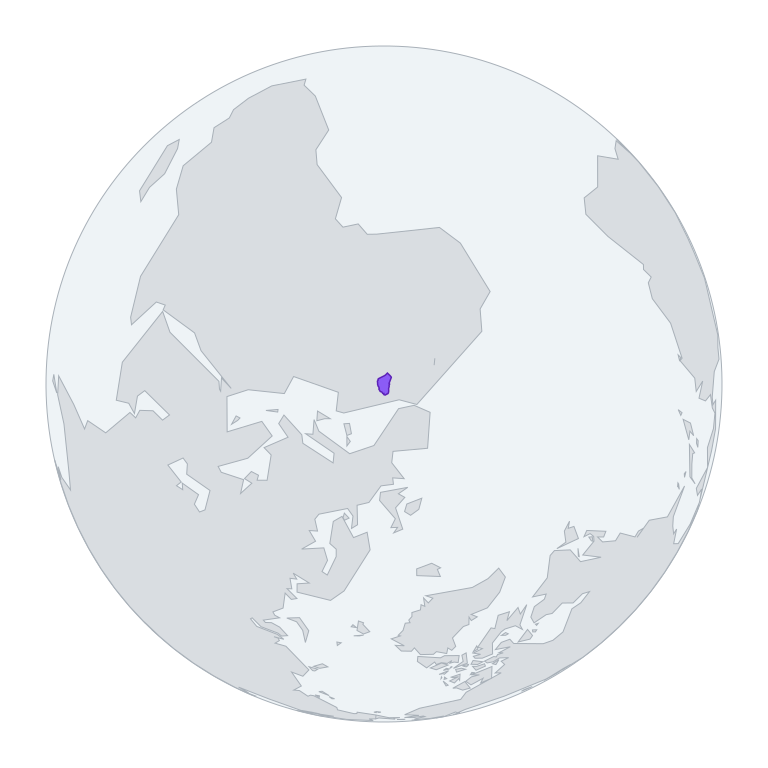 the Earth from above El Bayadh, rotated 181°
{"feature_id": "DZA-2190", "entity_name": "El Bayadh", "entity_type": "Province", "adm_level": 1, "iso_a3": "DZA", "parent_name": "Algeria", "parent_adm1": "", "projection": "orthographic", "projection_center": [1.021, 32.573], "detail": "fine", "context": "on_globe", "style": "filled", "palette": "violet", "viewbox_px": 768, "rotation_deg": 181, "n_neighbors": 0, "source": "natural_earth", "source_scale": "10m", "svg_char_len": 10865}
<svg xmlns="http://www.w3.org/2000/svg" viewBox="0 0 768 768"><g transform="rotate(181 384 384)"><circle cx="384" cy="384" r="338" fill="#eef3f6" stroke="#a8b0b8"/><path d="M180.3,114.3L201.1,101.0L192.4,106.9L199.9,102.6L211.2,95.3L216.9,91.8L258.0,74.1L297.2,60.0L304.6,56.6L306.9,57.3L317.7,52.7L319.8,52.2L326.4,51.0L318.3,52.7L318.8,53.0L332.6,50.3L336.1,50.1L344.8,49.1L347.7,49.5L337.3,52.2L339.0,52.7L348.7,51.0L357.7,50.9L343.3,53.3L357.6,53.7L342.8,60.4L301.8,70.0L296.5,77.2L261.8,97.3L267.8,97.0L258.5,105.7L262.0,108.9L254.6,112.6L263.8,112.1L269.9,108.2L276.0,106.9L278.6,108.7L269.6,113.4L267.0,113.1L265.7,115.5L260.1,117.3L264.3,117.4L253.1,123.5L268.0,120.4L262.2,127.7L253.7,131.0L249.8,126.8L220.3,127.1L210.6,130.7L200.7,139.2L192.2,162.5L183.4,168.7L174.9,180.0L181.9,177.8L191.1,168.4L202.0,168.1L211.9,157.5L217.8,156.2L229.8,147.8L233.1,153.5L229.8,164.0L219.9,171.6L218.2,176.8L231.7,173.7L217.4,193.0L214.9,215.4L210.7,220.4L194.9,221.4L184.4,209.8L163.9,214.6L182.3,216.5L171.3,230.5L171.7,235.3L175.3,238.0L181.4,234.8L178.7,241.1L159.6,240.6L161.7,234.9L167.8,234.8L162.7,229.9L149.8,231.3L145.2,239.1L130.4,235.5L127.0,241.4L121.8,244.5L128.3,235.1L116.4,252.4L98.3,256.1L81.7,287.3L92.4,256.4L92.8,247.0L91.8,239.2L88.9,244.1L91.6,229.4L87.1,229.5L75.4,249.3L66.5,271.3L64.5,284.6L68.6,278.1L69.9,285.1L59.0,306.2L59.5,326.0L53.8,345.2L52.6,360.7L55.3,365.8L57.4,379.1L62.3,372.7L68.8,375.3L65.4,392.5L71.7,382.0L73.4,395.3L88.4,412.5L86.4,415.0L98.5,449.8L117.2,474.0L121.5,489.8L118.7,495.6L126.5,503.0L126.7,508.0L162.6,535.4L185.1,557.2L187.1,573.6L173.8,584.7L174.4,615.9L153.8,612.8L157.2,623.4L156.1,631.3L142.5,619.6L155.3,632.5L155.1,632.6L133.1,610.3L113.2,586.1L95.7,560.2L83.0,535.5L76.4,521.2L65.4,495.5L51.1,438.8L50.8,426.3L49.5,414.7L54.0,402.2L55.6,376.5L54.7,369.2L52.1,373.6L51.7,345.2L55.3,323.1L68.3,263.5L77.5,241.7L88.2,220.6L100.3,200.4L113.8,181.0L128.7,162.6L144.8,145.4L162.0,129.2L180.3,114.3ZM76.5,296.6L77.6,328.9L72.2,320.6L74.1,319.8L74.8,309.3L74.6,295.4L71.2,289.6L76.5,296.6ZM87.5,288.1L86.9,283.8L88.2,286.8L87.5,288.1ZM218.8,90.4L211.1,95.3L199.6,102.4L205.6,98.1L218.8,90.4ZM241.2,79.2L238.6,80.9L230.5,84.1L234.5,82.1L241.2,79.2ZM309.2,54.8L302.2,56.6L307.8,55.0L309.2,54.8ZM345.5,48.9L346.3,48.6L350.5,48.3L345.5,48.9ZM227.2,145.3L228.4,146.5L225.6,147.4L227.2,145.3ZM231.3,140.7L227.0,140.9L228.3,138.8L230.9,138.7L231.3,140.7ZM358.8,48.8L365.2,48.8L356.9,49.2L358.8,48.8ZM236.2,141.1L231.1,135.1L233.5,131.5L245.4,128.4L236.2,141.1ZM367.7,49.1L383.3,50.0L386.5,49.0L386.2,52.9L373.0,50.4L362.3,50.8L368.2,49.9L367.7,49.1ZM270.7,106.2L264.3,110.4L267.2,105.4L270.7,106.2ZM271.1,103.4L271.3,91.6L282.1,86.9L279.8,91.5L291.8,84.7L297.0,88.2L291.5,92.7L283.5,94.9L291.6,94.7L271.1,103.4ZM383.4,55.4L385.7,56.3L381.3,55.9L383.4,55.4ZM278.6,106.0L277.7,103.7L287.0,99.4L290.5,103.2L286.4,103.3L278.6,106.0ZM292.5,81.5L300.0,79.3L306.2,81.4L309.9,81.0L298.0,87.9L292.5,81.5ZM285.6,105.2L292.1,105.3L290.1,109.1L280.2,108.0L285.6,105.2ZM287.9,96.8L292.5,95.0L291.1,97.2L287.9,96.8ZM286.7,123.8L285.4,120.6L290.1,117.9L286.7,123.8ZM294.6,105.1L295.2,103.8L296.9,102.6L300.7,103.5L294.6,105.1ZM303.2,89.1L304.2,90.7L308.4,86.3L313.2,88.2L304.4,92.7L310.2,91.5L311.7,92.1L302.9,95.2L303.2,89.1ZM309.6,100.9L300.0,108.0L301.4,114.2L297.2,116.6L295.8,106.3L309.6,100.9ZM306.4,97.2L307.4,99.9L301.7,101.2L297.5,100.2L306.4,97.2ZM319.7,88.0L314.6,84.0L316.7,83.2L319.7,88.0ZM311.1,102.3L313.4,100.7L311.9,102.6L311.1,102.3ZM318.3,92.0L316.2,90.5L318.7,89.7L318.3,92.0ZM319.7,98.7L316.6,100.8L313.6,100.1L319.7,98.7ZM320.0,95.4L323.9,94.6L314.4,98.5L318.6,94.8L320.0,95.4ZM321.0,91.4L321.8,90.4L321.5,92.2L321.0,91.4ZM332.7,100.9L321.6,106.0L315.0,104.1L326.8,99.2L332.7,100.9ZM465.5,56.1L462.6,55.5L428.4,50.9L443.3,52.5L443.1,53.2L450.5,54.6L460.7,56.2L459.9,55.7L493.0,66.9L524.1,78.4L514.0,72.9L516.0,73.1L527.6,78.1L549.1,89.2L569.7,101.7L589.4,115.7L608.1,131.1L611.7,134.3L603.7,127.4L617.3,140.0L621.1,143.3L617.9,140.1L634.4,157.1L649.7,175.2L663.7,194.4L676.3,214.5L687.5,235.4L697.2,257.1L705.3,279.4L711.9,302.2L705.4,282.5L708.3,295.7L704.5,285.0L695.6,272.6L697.6,291.6L703.3,338.5L710.1,367.5L709.4,386.5L693.8,358.1L682.6,333.8L679.6,342.2L661.4,330.3L637.5,351.1L631.7,345.8L627.7,353.4L614.5,353.2L604.8,344.0L597.9,349.3L623.1,373.2L630.3,367.6L633.0,350.1L638.9,360.3L651.4,363.1L646.0,401.2L606.6,452.7L598.9,432.0L549.1,383.8L548.4,376.0L548.0,375.2L547.2,373.9L546.6,387.2L536.7,376.9L567.5,414.1L574.3,431.8L606.1,454.3L604.1,459.1L613.1,462.0L637.5,438.8L638.5,446.3L629.3,487.4L592.2,549.7L595.0,575.2L588.6,598.7L560.7,622.7L558.4,637.3L543.3,647.3L539.2,655.7L524.4,667.4L501.4,680.1L467.4,687.5L469.1,681.4L457.7,670.7L443.7,637.0L456.2,617.0L454.7,602.2L429.7,569.7L435.5,548.3L427.8,540.1L412.6,543.6L403.4,533.4L393.8,533.7L331.3,541.5L310.1,526.2L279.5,478.3L289.2,460.7L287.1,438.4L350.8,364.1L368.6,368.5L423.7,354.3L431.3,356.3L429.5,374.9L474.5,389.9L483.5,372.7L519.7,375.9L540.8,368.7L540.0,333.4L505.5,344.5L494.9,330.1L518.9,307.4L548.4,298.7L545.2,292.9L522.7,285.9L525.5,272.0L514.4,282.5L521.8,287.0L515.1,294.2L507.9,290.6L509.2,285.6L499.2,285.7L495.6,311.1L502.8,318.3L479.0,329.1L488.6,342.6L483.5,351.2L465.3,331.8L464.1,323.3L433.5,304.2L432.7,313.9L461.5,332.9L454.2,332.5L453.3,347.2L448.3,335.7L417.1,313.7L393.0,322.3L369.0,359.6L353.5,363.2L337.4,356.5L339.3,320.5L373.8,316.8L374.9,305.4L362.2,289.7L373.7,290.3L372.8,283.9L385.2,282.1L397.0,265.3L408.8,262.3L408.0,242.8L414.0,239.0L412.7,251.4L418.2,258.9L446.8,252.7L450.8,247.6L447.9,235.8L456.2,236.2L449.7,225.6L463.5,217.5L441.3,219.1L437.4,206.7L442.7,195.4L437.4,192.0L428.8,210.6L428.9,218.0L435.4,223.6L432.3,245.7L423.7,250.9L411.8,229.9L398.3,235.5L395.0,217.9L420.3,176.4L433.7,166.7L467.3,174.4L467.4,182.7L455.3,183.7L471.5,193.3L467.8,187.4L474.6,188.1L472.6,177.6L477.4,177.7L467.3,168.0L472.9,167.0L479.2,173.2L481.0,158.2L491.1,154.2L489.2,150.9L484.3,148.4L500.5,145.8L498.4,143.5L492.3,143.4L484.1,139.1L476.0,130.7L482.0,130.2L485.8,133.1L502.7,139.2L511.7,147.9L513.4,146.9L507.0,139.4L486.3,131.8L479.7,127.0L489.6,129.4L485.5,128.1L484.1,125.6L488.4,123.0L477.5,120.1L454.1,96.8L460.0,90.4L471.4,94.4L461.4,80.6L468.9,76.4L463.2,76.0L454.6,70.5L452.1,71.6L448.8,71.1L425.5,59.7L424.8,57.4L408.4,53.9L405.4,54.0L405.1,55.4L386.2,52.9L386.5,49.0L393.1,48.9L388.9,47.3L404.5,47.7L415.5,48.0L435.0,50.6L441.9,51.3L439.4,50.8L443.8,51.4L465.5,56.1ZM334.2,403.7L333.6,410.6L334.2,403.7ZM583.6,306.5L598.7,299.2L585.1,282.5L589.7,278.7L583.4,274.8L584.0,281.4L567.5,270.1L571.5,260.5L566.2,252.8L560.8,255.0L556.1,274.5L579.7,290.4L579.2,300.7L583.6,306.5ZM89.0,412.8L90.4,418.2L87.6,415.5L89.0,412.8ZM69.1,326.1L70.5,330.2L70.4,334.8L68.9,332.8L69.1,326.1ZM86.7,357.8L89.4,363.5L85.5,360.5L86.7,357.8ZM78.3,333.5L84.3,353.9L76.9,350.3L73.5,337.7L77.3,342.2L78.3,333.5ZM81.9,295.9L82.2,299.5L80.5,301.8L81.9,295.9ZM88.4,290.3L87.9,289.6L88.7,286.0L88.4,290.3ZM172.5,230.5L173.9,230.8L176.5,234.5L173.1,234.9L172.5,230.5ZM201.1,240.1L196.1,250.1L197.3,242.9L191.6,244.9L186.9,232.9L208.3,222.4L199.4,229.0L201.1,240.1ZM186.7,215.1L187.2,223.1L185.8,214.8L186.7,215.1ZM355.1,253.2L361.2,256.8L359.1,264.4L344.2,270.5L347.0,259.3L355.1,253.2ZM370.3,260.4L362.7,239.2L371.7,235.3L367.9,240.9L374.6,240.5L370.3,249.5L386.4,267.5L385.6,275.6L358.4,281.1L367.7,274.5L361.2,271.0L370.3,260.4ZM327.4,199.6L324.3,192.5L347.9,193.0L348.1,199.7L333.2,205.6L324.2,201.2L327.4,199.6ZM258.1,137.6L255.4,136.4L257.9,134.9L262.2,134.7L258.1,137.6ZM285.7,122.5L272.7,142.0L268.9,141.4L265.8,154.7L254.6,158.5L257.0,149.5L246.1,162.9L243.7,156.4L237.4,165.9L243.9,145.6L241.3,141.0L248.4,144.6L258.8,141.1L262.5,138.2L271.1,126.9L270.7,116.0L280.9,111.6L288.2,111.4L289.9,113.3L282.7,115.4L290.1,116.5L281.0,121.1L285.7,122.5ZM368.1,122.9L359.1,122.6L372.3,129.3L363.3,132.4L365.4,133.0L360.7,137.9L358.6,145.2L353.8,145.8L355.1,148.4L352.0,152.0L352.1,156.0L343.6,158.8L343.1,164.0L339.3,162.4L340.7,170.8L335.9,165.9L331.4,170.7L338.4,173.0L292.2,182.1L276.6,191.2L266.1,201.9L259.3,193.1L264.7,177.9L276.7,162.0L292.8,155.1L286.7,152.8L292.6,149.0L294.9,152.4L294.9,145.0L300.4,142.9L311.1,131.3L307.7,122.9L311.6,118.9L315.6,121.2L316.6,115.6L326.9,117.3L329.8,114.6L342.9,114.1L349.0,120.7L351.9,117.3L362.0,117.3L368.1,122.9ZM336.4,100.9L345.8,107.2L345.4,112.2L322.8,111.2L318.7,113.4L304.1,113.8L305.0,106.8L309.0,107.2L313.2,106.0L311.3,108.7L315.9,105.7L321.7,106.4L326.8,104.4L328.5,106.9L336.4,100.9ZM437.2,348.4L442.6,348.3L450.5,346.1L450.0,355.8L437.2,348.4ZM415.7,333.7L420.2,331.9L423.4,343.5L417.8,344.0L415.7,333.7ZM420.0,321.4L420.2,330.9L416.7,326.0L420.0,321.4ZM416.6,249.3L421.1,247.1L422.6,249.6L421.4,254.2L416.6,249.3ZM405.4,146.6L400.3,144.9L400.9,143.3L393.9,136.1L400.1,133.7L406.7,137.1L405.4,146.6ZM535.7,341.1L531.3,349.5L527.4,347.5L529.7,345.0L535.7,341.1ZM489.8,354.1L501.6,355.5L489.5,356.7L489.8,354.1ZM410.9,142.8L407.3,140.0L412.6,140.7L410.9,142.8ZM404.2,131.7L409.9,131.7L400.0,132.6L404.2,131.7ZM631.8,572.9L604.7,618.5L593.0,624.9L594.5,615.8L607.0,590.4L621.9,576.5L630.3,562.1L631.8,572.9ZM711.0,369.2L715.3,381.3L714.3,387.9L711.0,369.2ZM458.1,124.2L461.0,136.3L467.2,144.7L477.1,148.3L464.4,148.9L454.9,136.0L458.1,124.2ZM454.0,100.0L445.3,97.7L448.1,95.9L450.4,96.2L454.0,100.0ZM449.4,100.5L440.7,103.2L435.2,100.2L443.2,98.6L449.4,100.5ZM426.1,121.7L426.6,125.2L422.3,124.5L426.1,121.7ZM520.0,74.7L512.0,71.6L506.2,69.5L511.7,71.1L520.0,74.7ZM388.4,55.7L385.9,56.3L386.0,55.3L388.4,55.7ZM447.6,71.9L443.1,71.1L443.3,69.6L447.6,71.9ZM430.6,68.4L433.5,70.5L427.9,68.4L430.6,68.4ZM440.5,75.7L433.4,71.5L443.8,75.3L440.5,75.7Z" fill="#d9dde1" stroke="#a8b0b8" stroke-width="1"/><path d="M380.7,374.2L380.9,374.0L381.0,374.0L382.0,373.3L382.4,373.1L382.6,373.0L383.8,373.3L384.0,373.5L384.0,374.3L384.0,374.5L384.8,374.4L385.0,374.5L385.3,374.8L385.5,375.2L385.8,375.7L385.9,375.8L386.0,375.9L386.3,376.0L386.5,376.1L387.2,376.3L387.5,376.4L387.6,376.5L387.8,376.7L387.9,376.8L388.2,377.5L388.9,378.5L389.0,378.7L389.0,379.0L388.9,379.3L388.7,379.5L388.8,379.8L388.9,380.0L389.0,380.5L389.1,380.8L389.2,381.0L389.7,381.6L389.9,381.9L390.2,383.0L390.3,383.2L390.3,383.4L390.4,383.7L390.4,385.1L390.4,385.3L390.6,385.9L390.6,386.1L390.6,386.3L390.6,386.6L390.6,386.8L390.5,387.0L390.0,387.6L390.0,387.8L390.0,388.0L390.1,388.5L390.0,388.8L389.9,388.9L389.5,389.2L389.3,389.4L384.1,392.1L383.1,392.7L382.6,393.1L380.8,395.0L378.1,392.5L377.0,391.2L376.8,390.9L376.8,390.7L378.7,385.4L378.9,385.0L378.9,384.7L378.9,384.4L378.7,384.4L378.4,384.1L378.4,383.9L378.9,382.7L378.8,381.5L378.8,381.3L378.9,381.1L379.0,380.8L379.2,379.9L379.3,379.6L379.3,379.2L379.2,377.8L379.2,376.7L379.4,375.5L379.4,375.3L379.5,375.1L379.7,374.8L379.9,374.7L380.0,374.6L380.0,374.4L380.2,374.2L380.3,374.2L380.7,374.2Z" fill="#8b5cf6" stroke="#5b21b6" stroke-width="1.5"/></g></svg>